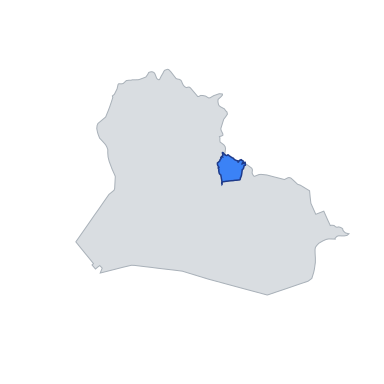 location of Baladruz, Diyala, Iraq, rotated 336°
{"feature_id": "34846034B64184275342457", "entity_name": "Baladruz", "entity_type": "district", "adm_level": 2, "iso_a3": "IRQ", "parent_name": "Iraq", "parent_adm1": "Diyala", "projection": "mercator", "projection_center": [45.392, 33.561], "detail": "fine", "context": "in_parent", "style": "filled", "palette": "blue", "viewbox_px": 384, "rotation_deg": 336, "n_neighbors": 0, "source": "geoboundaries", "source_scale": "gbopen_adm2", "svg_char_len": 5842}
<svg xmlns="http://www.w3.org/2000/svg" viewBox="0 0 384 384"><g transform="rotate(336 192 192)"><path d="M158.3,71.9L160.8,71.2L165.5,67.3L168.2,63.7L169.1,63.3L171.5,64.5L173.3,64.9L177.3,63.5L179.7,64.2L181.7,65.1L182.9,65.2L188.3,67.5L189.6,67.8L192.4,68.0L196.6,68.2L199.2,66.7L201.1,65.2L202.5,65.3L203.8,65.6L204.8,66.2L205.8,67.3L206.2,68.8L206.0,73.7L206.4,75.0L207.2,75.9L208.1,76.1L209.2,75.1L211.2,73.5L213.6,71.8L215.4,70.3L216.5,69.7L218.1,69.8L219.7,70.0L220.6,70.8L220.6,71.0L221.5,73.3L223.6,81.9L224.8,83.0L226.2,83.9L227.2,85.2L227.5,86.4L227.4,88.4L227.5,90.7L228.0,92.5L228.8,93.8L229.6,94.5L230.7,94.5L232.0,94.9L232.9,96.2L235.7,105.8L236.0,107.1L237.2,107.5L239.2,107.3L241.2,108.3L243.4,109.9L245.4,112.8L246.8,113.3L251.0,112.8L256.9,113.3L259.6,114.8L259.3,115.8L257.2,116.8L253.5,118.0L252.4,120.1L251.8,122.8L251.9,124.3L252.8,125.9L255.4,129.2L255.6,130.4L256.0,132.0L256.5,133.1L256.0,135.3L253.6,136.8L250.5,138.5L244.2,145.7L243.7,147.3L243.8,151.6L243.2,152.8L241.2,152.8L239.6,152.5L239.5,154.0L238.5,156.0L238.0,157.8L240.3,161.9L240.7,164.0L240.3,166.0L238.2,169.4L236.9,171.7L237.2,172.2L238.9,173.1L244.1,180.5L245.8,183.1L248.0,182.4L248.8,182.5L249.4,182.9L249.8,183.8L249.8,184.9L249.3,186.6L252.0,187.2L253.1,188.9L256.3,194.7L256.2,196.4L254.6,199.1L254.6,200.9L254.9,202.5L255.5,203.1L260.3,203.3L262.3,204.0L267.3,206.9L272.9,211.4L277.6,215.1L281.5,218.2L285.8,218.0L286.9,218.5L288.0,219.5L289.2,222.1L291.6,227.9L293.7,229.8L296.9,234.4L299.9,238.7L297.9,244.6L296.0,250.7L296.0,258.5L296.0,262.7L300.0,262.9L304.6,263.1L304.6,268.1L304.6,273.2L304.7,278.9L306.0,279.1L308.1,280.3L309.0,282.2L310.1,283.2L311.5,283.4L312.8,284.3L314.2,285.9L314.7,287.2L314.3,288.0L314.6,289.6L315.5,291.7L316.7,292.7L318.4,294.0L316.0,294.7L313.4,294.1L307.9,291.6L306.2,291.5L303.8,292.5L303.7,293.3L297.9,290.5L295.8,290.0L295.1,289.9L291.7,289.9L287.0,290.4L284.2,291.6L282.2,292.8L281.4,294.0L281.0,294.6L279.5,298.1L277.8,302.6L276.0,306.6L272.4,312.3L270.5,314.9L266.3,319.7L261.8,320.7L251.2,319.7L239.6,318.7L228.0,317.6L219.3,316.8L218.7,316.6L210.1,309.6L203.4,304.2L194.9,297.3L186.3,290.3L177.6,283.2L171.2,278.0L163.5,271.3L156.5,265.2L151.0,260.4L143.9,256.1L138.3,252.8L130.2,248.0L123.8,244.1L118.2,240.8L109.7,235.7L106.9,234.3L98.0,232.6L89.7,231.2L81.0,229.7L75.2,228.7L79.0,225.0L77.8,221.7L75.1,222.3L72.5,223.1L71.0,218.0L72.9,217.4L71.1,210.7L69.2,203.8L67.4,197.1L65.6,190.3L72.9,185.9L78.4,182.6L86.0,178.0L93.4,173.5L100.5,169.3L108.2,164.6L115.2,160.4L121.5,158.7L122.8,157.3L125.7,151.6L128.2,146.7L128.3,145.5L128.3,138.5L128.8,130.3L129.6,125.8L131.0,121.9L132.3,119.1L132.5,116.4L132.3,113.7L131.0,109.5L129.5,105.2L129.7,101.1L130.0,98.9L130.8,95.3L132.3,92.7L134.0,91.1L140.0,89.4L143.6,88.4L148.4,83.8L151.2,81.0L155.2,76.7L158.1,73.4L158.3,72.3L158.3,71.9Z" fill="#d9dde1" stroke="#a8b0b8" stroke-width="1"/><path d="M222.5,197.2L222.8,197.0L222.8,196.6L222.9,196.4L223.1,196.1L223.2,195.8L223.3,195.7L223.6,195.5L223.8,195.2L224.0,195.2L224.6,195.3L225.9,195.7L227.2,196.0L229.3,196.7L230.4,197.0L232.6,197.7L233.3,198.0L234.1,198.3L236.1,198.8L237.3,199.3L237.7,199.4L238.2,199.6L240.4,200.3L240.7,200.3L241.1,200.0L241.5,199.7L241.7,199.2L242.0,198.7L242.3,198.6L242.5,198.4L243.1,197.9L243.4,197.5L243.8,197.0L244.2,196.6L244.4,196.2L244.8,195.6L245.4,194.7L245.7,194.1L246.1,193.5L246.8,192.4L247.0,192.0L247.5,191.9L247.8,191.8L248.2,191.7L248.5,191.6L248.8,191.1L249.1,190.7L249.4,190.5L249.5,190.3L249.7,190.0L249.9,189.8L250.1,189.3L250.7,189.2L251.1,189.2L251.7,189.2L251.9,188.6L252.4,187.2L252.5,187.0L252.6,186.6L252.5,186.3L252.2,186.3L251.6,186.6L251.3,186.8L250.8,186.8L250.1,186.8L249.5,186.7L249.2,186.7L249.4,186.3L249.8,186.1L250.3,185.8L250.7,185.5L251.0,185.3L251.2,185.0L251.3,184.7L251.3,184.4L251.1,184.1L250.9,183.8L250.6,183.5L250.1,183.2L250.2,182.6L250.0,182.4L249.7,182.4L249.2,182.5L248.9,182.5L248.4,182.4L248.2,182.6L247.8,182.7L247.5,182.9L246.9,183.3L246.6,183.5L246.3,183.5L246.2,183.4L246.2,183.1L246.3,183.0L246.5,182.9L246.7,182.7L246.6,182.2L246.2,181.9L245.9,181.7L245.5,181.4L245.1,181.0L244.9,180.7L244.5,180.3L244.2,179.9L243.9,179.5L243.8,179.3L243.8,179.1L243.7,178.7L243.7,178.4L243.6,178.1L243.4,177.8L243.2,177.6L242.8,177.3L242.6,177.1L242.5,176.9L242.5,176.7L242.2,176.4L242.0,176.1L241.8,175.7L241.6,175.3L241.1,174.7L240.5,173.6L240.4,173.2L240.2,172.9L240.1,172.7L239.8,172.6L239.7,172.6L239.2,172.9L238.6,172.8L238.4,172.8L238.2,172.6L238.0,172.4L237.8,172.2L237.7,172.0L237.3,171.7L237.4,171.4L237.2,171.2L237.1,170.8L237.0,170.6L236.9,170.4L236.8,170.1L236.7,169.9L236.6,169.6L236.5,169.3L236.5,168.9L236.4,168.7L236.1,168.4L235.7,168.5L235.6,168.8L235.5,169.4L235.4,170.3L235.3,170.5L235.0,171.0L234.9,171.4L234.5,171.5L234.3,171.5L234.0,171.6L233.8,171.6L233.8,172.0L233.9,172.3L233.7,172.2L233.2,171.9L232.9,172.1L232.7,172.1L232.4,172.1L232.3,172.3L232.2,172.5L232.2,173.0L232.2,173.3L231.8,173.4L231.4,173.6L230.8,173.9L230.6,174.1L230.4,174.3L230.2,174.6L230.2,174.8L229.9,174.9L229.6,175.0L229.0,175.2L228.8,175.3L228.7,175.3L228.2,175.5L227.9,175.6L227.4,175.7L227.3,175.8L227.1,175.8L227.0,176.0L226.9,176.2L226.7,176.5L226.5,176.8L226.5,177.0L226.5,177.3L226.5,177.5L226.4,177.8L226.3,178.1L226.3,178.4L226.3,178.6L226.4,178.9L226.5,179.1L226.6,179.3L226.6,179.5L226.6,179.9L226.6,180.4L226.3,180.4L226.1,180.5L225.8,180.5L225.7,180.6L225.7,181.0L225.6,181.5L225.8,181.9L225.8,182.0L225.7,182.4L225.6,182.6L225.4,182.9L225.3,183.0L225.2,183.2L225.0,183.8L224.9,184.2L224.8,184.5L224.7,185.0L224.6,185.3L224.5,185.9L224.5,186.2L224.5,186.4L224.6,186.9L224.8,187.2L225.0,187.8L225.2,188.1L225.2,188.4L224.9,189.3L224.8,189.9L224.5,191.1L224.3,191.7L224.1,192.8L223.8,193.8L223.6,194.6L223.4,194.9L222.9,195.7L222.6,196.3L222.6,196.7L222.5,197.2Z" fill="#3b82f6" stroke="#1e3a8a" stroke-width="1.5"/></g></svg>